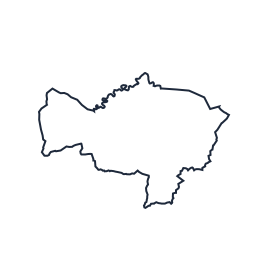 Misau, Bauchi, Nigeria (Mercator projection), rotated 219°
{"feature_id": "59680162B30906229675123", "entity_name": "Misau", "entity_type": "district", "adm_level": 2, "iso_a3": "NGA", "parent_name": "Nigeria", "parent_adm1": "Bauchi", "projection": "mercator", "projection_center": [10.494, 11.386], "detail": "fine", "context": "isolated", "style": "outline", "palette": "slate", "viewbox_px": 256, "rotation_deg": 219, "n_neighbors": 0, "source": "geoboundaries", "source_scale": "gbopen_adm2", "svg_char_len": 4460}
<svg xmlns="http://www.w3.org/2000/svg" viewBox="0 0 256 256"><g transform="rotate(219 128 128)"><path d="M172.4,57.3L172.9,58.8L172.9,59.0L172.9,60.8L170.2,64.5L169.3,64.6L166.2,68.1L164.2,74.9L161.7,76.3L159.5,78.3L159.2,79.7L158.1,81.8L154.6,86.4L154.3,86.4L150.7,83.5L150.3,79.8L148.7,78.4L147.6,78.1L144.6,80.5L142.5,82.8L140.7,84.4L139.9,84.9L135.4,82.1L134.5,81.0L134.3,81.2L132.8,81.5L129.1,77.6L126.7,77.3L124.7,76.9L123.9,77.6L123.3,78.6L122.0,79.0L120.7,79.0L119.9,79.9L118.9,79.6L118.1,80.4L117.4,81.0L116.4,82.8L115.5,83.0L114.9,83.0L114.5,83.9L112.1,85.4L111.0,85.9L110.3,86.2L108.3,87.3L104.7,89.1L102.6,89.3L102.2,89.5L100.5,91.2L100.0,91.2L97.3,93.2L96.2,95.3L94.5,96.3L93.7,101.0L91.7,100.8L90.6,101.0L88.0,101.4L81.9,104.0L80.9,103.0L80.9,102.9L80.3,100.9L79.3,98.8L78.8,98.3L76.9,96.7L76.8,95.9L76.9,95.5L76.2,92.7L74.1,90.5L72.4,89.5L70.8,88.5L70.2,87.2L68.9,85.5L68.2,83.9L67.9,83.6L67.1,81.9L67.6,80.9L66.8,78.9L66.8,77.8L65.3,76.6L64.2,76.9L63.6,78.7L63.3,79.7L63.1,80.5L62.9,80.7L62.5,81.1L62.1,81.3L62.2,81.9L62.3,82.9L62.3,83.2L62.4,83.6L60.6,85.4L60.2,85.5L60.1,86.1L59.9,86.5L59.8,86.9L59.3,88.1L57.4,88.7L56.9,88.9L56.1,89.4L55.1,90.0L54.3,90.4L52.9,91.5L51.8,92.4L51.1,93.7L50.7,94.6L49.0,96.6L46.8,96.3L46.6,97.4L46.8,98.0L48.0,99.0L48.6,100.8L48.5,102.0L49.2,102.5L49.7,102.5L51.8,105.4L50.8,107.0L49.9,107.8L51.6,109.9L50.8,112.8L51.3,114.3L53.7,116.2L51.8,121.8L59.4,121.6L59.2,123.0L58.2,125.3L60.0,127.6L59.1,128.7L59.8,131.7L57.7,133.1L56.1,133.4L54.7,132.9L54.5,135.0L53.8,137.0L53.1,137.8L52.4,137.8L50.0,136.7L49.7,138.1L48.9,139.1L47.7,140.1L46.7,140.8L43.8,142.2L44.9,143.5L45.1,143.9L43.9,146.7L44.4,147.0L45.1,148.8L45.0,149.5L44.0,151.0L44.0,151.8L43.0,154.0L45.3,154.8L47.9,157.0L46.9,159.0L49.5,161.8L49.1,164.0L48.8,164.4L50.9,168.0L50.6,168.5L51.1,174.1L52.1,174.7L52.7,176.3L57.7,179.6L57.4,182.8L58.3,190.7L58.2,190.9L58.0,191.2L57.1,197.6L57.8,201.7L59.8,201.3L61.2,201.3L63.1,200.8L65.4,200.7L66.9,200.7L67.7,200.7L68.6,200.9L69.6,201.1L70.6,201.6L70.7,202.1L76.1,194.5L88.0,199.8L91.3,198.9L94.3,198.1L98.5,197.0L104.2,195.4L114.9,188.2L126.0,180.4L127.3,179.3L129.4,181.0L130.3,180.8L131.8,179.6L132.6,178.7L133.3,177.4L134.6,176.9L134.9,177.6L135.7,178.4L136.1,179.0L137.3,179.3L137.8,178.9L138.1,178.0L138.4,177.1L139.1,176.3L139.7,176.4L140.4,176.9L141.1,177.4L142.0,178.0L142.8,178.7L143.6,179.6L144.3,180.5L145.3,181.2L146.5,182.0L147.1,181.9L148.0,181.8L148.3,181.7L149.1,181.6L149.6,181.1L149.9,179.0L150.3,177.8L150.4,176.5L150.5,175.2L150.2,174.1L150.6,173.1L151.3,172.4L152.6,171.4L152.6,170.8L151.9,170.4L151.2,170.1L149.6,169.8L148.8,169.6L148.1,169.4L148.0,168.8L148.1,168.2L148.7,168.2L148.9,167.6L149.3,166.5L149.7,165.4L150.0,164.3L149.8,163.5L150.2,163.0L150.6,162.6L151.5,162.2L152.7,162.1L153.2,161.4L153.2,160.6L152.7,160.0L152.3,159.2L151.7,158.4L151.8,157.2L152.5,156.8L153.2,156.5L154.2,156.2L155.0,156.0L155.7,156.4L155.8,157.2L155.5,158.3L155.5,159.0L155.5,159.4L155.9,159.8L156.8,159.6L157.6,159.0L158.6,158.4L159.1,157.6L159.5,156.6L159.2,155.7L158.5,155.3L157.4,155.2L156.7,155.2L156.2,154.7L156.1,154.4L156.2,153.7L156.7,152.9L157.7,152.8L158.5,152.9L159.3,152.5L159.7,151.5L159.9,150.6L160.4,150.0L161.3,149.7L162.4,148.9L162.2,148.5L162.0,148.2L161.8,147.4L161.8,147.0L161.4,146.3L160.7,146.2L159.9,146.0L159.2,145.6L158.6,144.3L158.9,143.6L159.6,143.4L160.3,143.6L161.0,143.7L161.6,143.8L162.2,143.8L163.0,143.4L163.9,141.8L163.8,140.9L163.7,140.0L163.0,138.9L163.1,137.7L163.4,137.0L164.1,136.4L165.0,136.0L165.6,135.7L166.1,135.1L165.9,134.2L165.4,133.7L164.2,133.8L162.8,135.0L162.2,135.7L161.6,136.0L161.1,135.9L160.9,135.2L161.4,134.3L162.3,133.4L163.2,132.5L163.7,131.4L163.6,130.7L163.0,130.2L162.1,130.1L160.6,130.3L160.0,130.1L159.6,130.0L159.3,129.2L159.5,128.4L160.1,127.7L161.3,127.5L162.2,127.4L162.9,127.1L163.0,126.4L163.4,125.3L164.3,125.2L165.0,125.7L166.0,126.3L166.6,126.0L166.7,125.2L166.5,124.7L165.7,124.1L164.8,124.1L164.2,123.7L164.3,123.0L164.8,122.2L166.1,121.8L166.6,121.4L166.4,120.9L165.7,120.4L165.2,120.0L164.9,119.7L165.8,119.7L171.2,117.1L178.3,116.9L181.6,117.4L185.2,118.0L191.6,116.1L196.2,116.2L199.6,115.1L202.2,112.7L204.1,112.2L211.5,111.1L213.0,104.2L211.9,102.2L209.0,99.4L208.2,97.4L206.1,95.2L205.6,95.0L207.5,88.7L207.3,84.5L205.7,83.1L202.2,78.5L194.6,72.0L189.7,68.5L186.7,65.7L183.9,65.8L181.7,59.5L180.8,58.9L179.7,55.0L178.2,54.6L175.5,53.9L173.1,55.8L172.4,57.3Z" fill="none" stroke="#1e293b" stroke-width="2"/></g></svg>